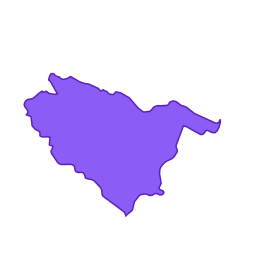 Doubs, Albers equal-area conic projection, rotated 247°
{"feature_id": "FRA-5287", "entity_name": "Doubs", "entity_type": "Metropolitan department", "adm_level": 1, "iso_a3": "FRA", "parent_name": "France", "parent_adm1": "", "projection": "albers", "projection_center": [6.359, 47.06], "detail": "fine", "context": "isolated", "style": "filled", "palette": "violet", "viewbox_px": 256, "rotation_deg": 247, "n_neighbors": 0, "source": "natural_earth", "source_scale": "10m", "svg_char_len": 2147}
<svg xmlns="http://www.w3.org/2000/svg" viewBox="0 0 256 256"><g transform="rotate(247 128 128)"><path d="M195.5,63.4L194.0,63.8L193.8,67.1L190.7,68.9L189.0,71.3L187.5,74.0L187.0,76.3L201.1,74.8L203.3,73.7L205.1,75.1L206.9,76.7L208.1,78.5L207.2,80.4L206.1,81.2L204.9,81.5L203.7,82.3L201.9,84.6L201.3,84.9L200.2,85.0L198.0,87.4L197.3,91.0L197.8,95.3L189.7,101.3L186.3,104.9L184.0,108.7L183.8,109.0L176.2,116.0L172.7,117.3L172.8,120.3L171.1,121.2L170.7,121.5L170.2,122.6L167.2,123.7L166.1,124.8L164.5,127.6L166.0,130.9L163.3,134.9L155.3,141.0L142.4,145.1L136.6,148.5L134.8,154.6L135.3,156.2L136.9,159.3L137.3,161.2L137.1,163.7L136.7,164.8L136.4,165.3L135.6,166.9L133.7,172.6L133.5,173.4L133.9,174.4L134.5,175.3L135.4,176.3L135.5,179.2L135.0,180.7L133.7,182.4L132.4,183.3L128.4,185.5L125.2,189.1L124.0,190.1L115.4,194.8L99.1,209.7L97.5,211.8L97.9,214.1L99.9,216.4L97.2,215.3L93.5,212.4L90.5,209.0L89.7,206.0L90.5,204.5L91.3,203.3L94.8,200.3L95.0,199.6L94.8,198.2L93.3,195.7L93.0,194.3L93.3,192.9L94.0,191.9L106.6,182.2L108.2,179.7L93.3,165.6L91.9,164.9L89.0,164.8L87.6,164.4L86.4,163.5L83.6,159.3L82.7,156.9L82.3,149.9L81.6,147.5L80.4,144.9L79.0,142.7L77.5,141.2L73.4,139.1L64.1,136.9L61.5,134.0L60.1,132.9L58.6,133.4L56.5,135.6L55.6,135.9L54.7,135.8L53.9,135.1L53.4,134.0L53.4,132.6L53.9,131.3L55.9,129.3L56.8,128.2L57.1,127.0L56.7,123.8L57.1,122.3L57.8,121.2L59.7,119.4L60.5,118.1L61.1,116.6L61.5,115.0L61.6,113.2L61.4,111.9L57.6,105.1L50.9,100.1L50.2,98.7L48.9,93.8L47.9,91.8L51.8,91.9L75.1,78.3L76.5,78.1L81.0,79.5L83.5,79.5L92.7,76.2L94.5,74.6L97.5,70.3L98.5,69.4L102.4,69.7L103.8,69.3L104.5,68.9L105.1,68.2L105.5,67.5L106.3,65.1L106.7,64.5L107.9,63.2L108.4,62.9L110.0,62.8L113.3,63.6L114.9,63.4L116.8,61.4L120.5,52.2L122.1,50.6L124.0,49.7L134.3,47.7L136.3,47.9L137.4,48.7L139.3,50.9L140.4,51.7L141.1,51.3L142.6,49.4L143.3,49.0L149.7,52.5L151.2,50.8L153.2,45.7L154.7,44.1L155.6,44.1L158.0,45.0L159.2,45.0L160.2,44.5L163.0,42.1L167.4,40.6L176.5,43.2L179.7,39.6L181.8,42.3L184.4,42.3L187.3,41.4L190.0,41.5L191.7,42.8L193.0,44.6L193.5,46.9L192.4,51.2L192.5,52.9L194.8,59.6L195.5,63.4Z" fill="#8b5cf6" stroke="#5b21b6" stroke-width="1.5"/></g></svg>